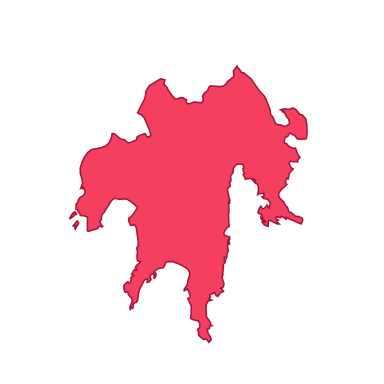 map outline of Peloponnisos (orthographic projection), rotated 27°
{"feature_id": "GRC-2885", "entity_name": "Peloponnisos", "entity_type": "Region", "adm_level": 1, "iso_a3": "GRC", "parent_name": "Greece", "parent_adm1": "", "projection": "orthographic", "projection_center": [22.642, 37.277], "detail": "fine", "context": "isolated", "style": "filled", "palette": "rose", "viewbox_px": 384, "rotation_deg": 27, "n_neighbors": 0, "source": "natural_earth", "source_scale": "10m", "svg_char_len": 6069}
<svg xmlns="http://www.w3.org/2000/svg" viewBox="0 0 384 384"><g transform="rotate(27 192 192)"><path d="M269.7,92.5L267.7,94.1L262.0,96.9L257.0,94.8L255.9,95.3L252.6,94.8L252.2,95.6L252.1,99.1L251.0,99.9L250.3,101.3L250.8,104.2L252.4,106.5L254.7,106.0L256.8,107.1L259.6,107.4L262.4,107.0L264.4,105.9L268.2,109.7L270.3,111.2L272.5,112.1L271.8,115.0L272.0,116.3L272.5,117.3L270.9,117.7L268.8,119.0L266.1,119.5L265.7,119.9L265.3,122.4L268.2,124.6L269.8,125.4L271.8,125.5L270.7,128.9L270.4,131.3L271.8,136.8L270.2,136.8L270.5,140.0L271.0,141.4L273.2,142.2L270.5,149.3L269.8,153.3L270.6,155.4L272.4,157.4L278.2,159.2L281.9,161.9L283.9,162.2L287.4,165.7L289.5,165.2L295.5,166.7L297.8,165.4L302.3,165.4L303.6,167.2L303.7,171.0L289.6,171.9L287.5,171.5L288.3,173.6L284.0,173.0L282.4,173.2L282.6,174.7L278.6,175.7L278.5,177.1L279.4,177.8L281.8,177.7L281.1,178.8L281.1,179.8L284.3,180.9L282.4,181.8L275.8,181.8L273.3,182.3L273.3,183.6L275.5,188.0L273.0,188.5L271.3,188.5L268.1,187.0L268.0,186.0L270.5,186.0L270.5,184.9L269.1,184.6L267.4,184.9L265.9,184.7L264.8,183.0L267.2,184.0L266.6,182.6L265.8,181.6L263.1,179.9L262.2,180.8L261.0,180.9L259.9,180.2L259.5,175.1L259.8,173.3L262.5,175.0L263.7,173.9L264.5,171.8L264.7,169.6L268.0,171.7L268.0,170.7L267.4,169.4L266.8,166.2L262.7,164.2L258.5,165.3L256.6,164.6L258.2,163.5L256.6,160.5L252.4,163.2L251.7,164.6L250.0,159.2L248.8,157.2L246.8,155.3L244.3,155.3L243.8,154.8L243.5,153.3L241.8,152.5L239.4,152.3L240.9,152.8L241.9,154.4L239.5,153.4L237.4,153.6L233.7,156.4L232.9,155.5L229.6,153.3L230.4,151.3L228.9,150.6L227.6,149.5L226.8,148.3L227.2,147.2L224.7,144.1L220.0,146.5L218.6,148.7L218.2,152.4L219.8,155.9L219.1,159.5L219.6,161.1L221.4,163.6L221.4,167.2L223.2,168.8L223.1,170.4L222.3,172.4L222.4,173.9L228.6,181.3L229.7,182.0L228.9,184.2L230.5,184.2L230.5,185.1L229.7,185.1L229.7,186.1L230.9,187.3L233.8,192.5L234.6,195.2L238.7,202.5L240.1,204.4L240.7,206.0L239.4,207.6L238.8,213.4L239.7,215.3L242.0,215.8L246.1,214.9L246.2,215.6L247.0,216.9L246.2,217.5L247.0,218.0L246.1,219.1L248.2,219.8L249.1,221.1L248.8,221.8L247.0,221.0L248.1,223.7L251.3,228.4L251.1,230.2L252.8,235.4L250.3,235.4L252.0,238.4L252.8,237.5L253.4,240.1L252.8,242.6L254.0,244.5L256.4,250.6L257.3,251.8L257.0,253.0L258.6,255.6L261.9,259.0L262.7,260.6L262.9,262.3L262.5,263.6L261.2,264.1L261.2,265.0L263.3,265.3L265.2,266.1L264.7,267.3L263.3,268.3L262.8,269.2L262.9,271.8L262.2,273.4L260.6,273.3L257.8,271.3L256.7,272.9L255.2,274.5L254.6,276.0L256.2,277.4L255.4,279.5L258.7,279.4L255.7,282.1L255.9,286.0L257.7,290.0L260.0,293.8L261.3,296.4L267.8,300.0L269.1,302.0L270.3,302.1L268.7,303.1L268.7,304.0L269.4,304.9L269.5,305.7L269.0,306.4L267.9,307.1L269.9,310.1L273.6,312.4L276.2,314.8L275.3,318.3L271.2,316.3L270.0,317.9L268.5,318.1L263.1,316.8L261.1,313.5L259.6,312.3L259.6,311.3L260.3,309.3L259.5,306.9L257.8,304.9L255.9,304.1L250.8,305.3L248.3,305.3L247.3,303.7L246.7,301.2L243.1,293.9L236.5,288.8L238.2,287.0L237.7,285.3L232.6,280.7L232.0,280.4L231.5,281.6L229.9,283.6L229.3,282.8L229.2,281.5L229.8,278.0L229.6,275.7L228.5,272.5L227.6,267.1L225.9,264.4L223.3,262.8L219.9,262.2L213.8,262.0L206.2,262.9L200.8,266.0L201.0,272.4L197.0,275.2L195.5,277.4L194.5,280.7L196.3,280.7L197.5,281.7L197.9,283.5L197.8,285.8L197.0,285.8L196.3,283.6L195.6,282.8L194.5,282.7L193.5,283.5L192.9,284.9L192.7,286.2L195.2,288.5L194.6,291.6L193.0,293.0L192.0,289.8L190.3,290.9L189.6,292.4L189.5,301.2L189.8,304.6L190.6,307.4L192.8,313.4L192.3,314.2L192.8,315.5L191.2,316.6L190.7,318.2L191.0,320.0L192.0,321.7L192.0,322.7L190.9,322.6L190.6,323.0L190.3,324.7L189.0,323.1L188.4,317.7L187.8,315.5L186.1,314.0L181.9,312.3L180.4,310.3L179.6,310.3L178.4,311.6L177.2,311.3L175.1,308.8L173.9,306.6L174.0,304.9L175.5,301.2L177.5,301.7L178.0,300.0L177.5,297.5L176.3,296.0L178.0,293.0L175.5,293.0L175.8,291.1L175.6,288.8L176.0,287.0L178.0,286.8L178.0,285.7L175.7,284.9L176.0,282.4L178.0,277.5L174.5,278.1L172.2,274.4L170.4,269.7L168.2,267.1L168.4,264.2L166.5,260.4L158.2,248.7L155.6,247.4L152.6,249.7L149.5,247.3L148.2,245.8L147.7,243.5L147.9,243.6L148.5,242.8L149.4,239.9L150.1,235.3L150.3,231.2L150.1,230.2L142.0,228.3L137.5,228.0L135.4,228.6L130.8,231.4L126.3,232.7L125.0,234.2L124.2,236.2L122.9,250.5L122.3,252.3L122.2,253.7L123.8,258.0L123.0,259.8L126.3,262.7L128.0,262.9L128.0,263.9L126.4,264.0L125.0,264.7L124.2,265.7L124.6,266.9L123.8,268.2L117.4,274.1L116.4,274.1L110.3,261.8L106.3,262.3L103.3,263.7L101.9,262.2L99.1,261.0L98.3,259.6L97.6,259.6L96.5,260.2L94.3,255.5L94.8,254.1L94.3,249.2L94.7,247.9L96.9,244.1L97.0,241.5L96.1,239.4L94.4,238.2L92.0,239.0L93.1,238.4L93.5,238.0L93.6,237.0L92.6,236.9L92.0,237.3L91.2,239.0L90.5,233.7L87.4,229.7L83.9,226.0L81.5,221.3L80.5,215.4L80.3,209.4L81.2,204.0L83.3,199.8L90.9,193.8L94.2,190.4L95.9,185.6L95.4,179.5L94.3,176.2L96.2,175.3L104.1,177.1L108.4,176.1L112.3,177.2L114.6,176.0L118.9,170.6L118.0,168.4L118.8,166.4L121.9,162.9L123.9,161.2L126.4,163.2L128.6,162.4L129.7,160.5L126.4,156.3L115.5,147.5L111.7,146.0L109.5,146.5L107.5,146.1L107.5,129.8L105.1,122.4L105.8,116.4L112.7,105.3L117.0,104.3L117.9,108.6L122.1,110.1L125.8,112.8L133.8,116.6L135.9,116.5L139.0,113.0L141.2,112.1L145.3,112.4L145.7,114.5L147.7,115.3L149.9,114.4L153.0,110.8L159.7,108.3L160.5,106.0L159.6,103.8L157.9,101.9L158.2,97.8L159.4,96.0L159.8,93.6L159.4,91.1L160.2,89.1L169.1,85.3L171.5,83.7L172.6,81.8L173.4,79.9L173.3,77.9L176.8,70.2L173.9,65.3L175.0,59.3L175.7,60.0L179.4,61.5L181.8,63.1L183.9,62.3L193.2,64.4L206.0,71.2L213.1,73.8L214.1,74.9L215.2,75.2L224.6,83.6L226.8,87.2L229.7,88.3L235.2,92.8L237.0,93.1L241.7,91.7L244.5,91.7L245.3,91.3L247.7,87.6L247.9,86.8L246.7,85.1L245.0,83.3L241.8,81.9L238.9,79.5L236.7,79.4L237.5,78.7L233.6,78.5L236.1,76.3L237.3,75.6L240.4,74.7L244.0,71.2L247.2,71.4L253.0,73.9L255.4,73.2L258.9,74.8L259.8,74.7L263.9,80.2L267.6,87.0L269.7,92.5ZM103.2,269.9L105.1,270.9L105.3,272.5L104.8,274.9L104.8,278.1L103.6,276.7L103.2,275.0L101.5,276.1L102.7,270.2L103.2,269.9ZM95.0,271.8L95.2,266.5L95.7,264.2L96.7,262.7L98.3,263.7L99.1,263.7L99.1,264.6L97.5,265.7L97.5,267.3L95.0,271.8Z" fill="#f43f5e" stroke="#9f1239" stroke-width="1.5"/></g></svg>